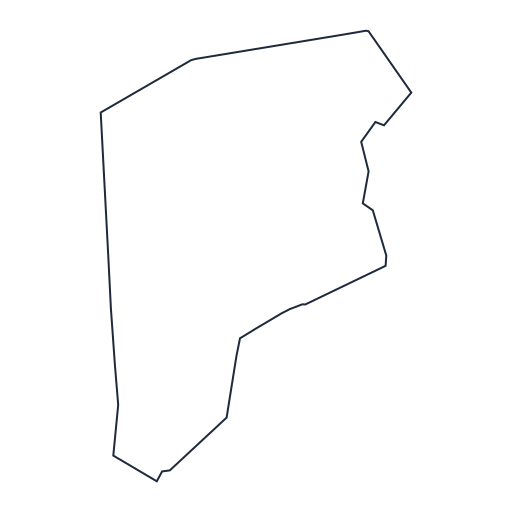 Putnam, West Virginia, United States of America (Albers equal-area conic projection)
{"feature_id": "52423323B57227044271889", "entity_name": "Putnam", "entity_type": "district", "adm_level": 2, "iso_a3": "USA", "parent_name": "United States of America", "parent_adm1": "West Virginia", "projection": "albers", "projection_center": [-81.873, 38.475], "detail": "fine", "context": "isolated", "style": "outline", "palette": "slate", "viewbox_px": 512, "rotation_deg": 0, "n_neighbors": 0, "source": "geoboundaries", "source_scale": "gbopen_adm2", "svg_char_len": 505}
<svg xmlns="http://www.w3.org/2000/svg" viewBox="0 0 512 512"><path d="M226.6,417.6L236.5,355.7L240.0,338.3L256.2,328.4L281.1,313.6L289.8,309.1L302.4,304.3L305.2,304.5L385.6,265.8L386.3,255.6L372.8,210.3L362.8,203.4L368.6,171.4L361.2,141.8L375.4,122.0L384.0,125.3L411.3,92.6L368.5,31.2L366.1,30.7L346.7,34.0L196.2,58.8L191.2,60.1L100.7,112.5L108.3,256.6L110.9,308.5L114.9,364.8L118.2,404.9L113.3,455.6L156.8,481.3L162.1,471.4L169.8,470.4L226.6,417.6Z" fill="none" stroke="#1e293b" stroke-width="2"/></svg>